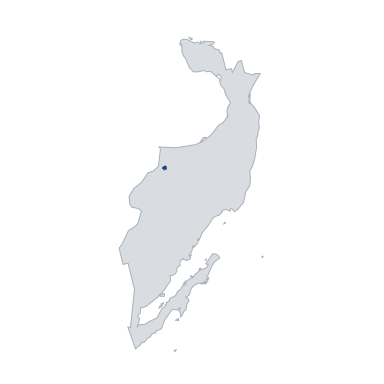 Los Herreras, Nuevo León, Mexico (highlighted), rotated 256°
{"feature_id": "50627088B26281620081416", "entity_name": "Los Herreras", "entity_type": "district", "adm_level": 2, "iso_a3": "MEX", "parent_name": "Mexico", "parent_adm1": "Nuevo León", "projection": "mercator", "projection_center": [-99.412, 25.939], "detail": "fine", "context": "in_parent", "style": "filled", "palette": "blue", "viewbox_px": 384, "rotation_deg": 256, "n_neighbors": 0, "source": "geoboundaries", "source_scale": "gbopen_adm2", "svg_char_len": 4377}
<svg xmlns="http://www.w3.org/2000/svg" viewBox="0 0 384 384"><g transform="rotate(256 192 192)"><path d="M53.6,99.2L76.5,97.1L75.4,99.5L111.5,112.7L138.4,112.7L138.4,107.6L155.2,107.7L158.1,111.3L169.8,120.9L172.6,129.0L174.7,132.0L185.6,138.3L189.0,135.9L191.7,130.1L195.0,128.8L202.9,129.8L209.4,136.3L213.7,145.6L221.3,154.0L221.7,159.2L225.0,165.7L241.5,171.8L243.7,170.9L238.7,187.4L237.1,206.9L237.8,211.1L242.1,216.6L241.2,219.6L241.4,216.6L237.9,211.9L239.0,216.2L243.3,225.2L250.3,233.8L251.9,239.2L256.7,244.6L255.4,244.4L258.2,245.7L257.3,244.9L262.4,245.6L266.0,247.5L269.3,251.0L277.9,248.3L284.2,248.0L288.5,245.9L292.9,245.5L293.8,246.3L293.5,247.3L297.1,248.1L299.6,246.4L298.9,243.6L297.7,244.3L298.0,243.7L304.7,239.1L305.1,235.3L307.0,233.1L307.1,226.9L308.3,222.3L313.4,219.6L322.4,218.1L326.3,216.6L330.6,216.2L337.8,217.8L338.4,216.8L336.5,216.7L339.0,216.0L341.9,218.1L342.4,220.8L340.9,224.5L336.2,230.2L336.0,233.9L333.7,236.2L334.1,237.0L336.2,236.7L334.0,239.1L334.0,240.0L335.5,239.7L332.6,249.1L331.8,249.9L330.3,247.8L330.0,244.3L327.9,247.9L325.7,248.2L323.0,253.0L319.9,252.9L319.7,254.5L302.3,254.5L302.2,260.1L298.3,260.1L307.7,268.7L307.4,271.8L295.2,271.8L290.7,279.7L291.9,281.7L290.4,286.9L281.6,278.0L274.4,272.0L270.1,269.7L269.6,270.3L273.6,272.4L267.3,270.5L267.8,269.1L266.1,269.7L265.1,268.4L263.9,269.8L266.0,270.5L262.8,270.8L259.7,272.8L249.7,276.0L243.3,273.4L237.9,272.9L234.3,270.5L230.6,269.5L228.3,267.2L219.5,265.4L208.5,260.6L201.3,256.1L198.3,253.0L190.9,252.0L183.8,249.4L179.3,244.3L169.6,239.5L164.4,232.8L162.6,228.6L166.5,226.6L165.9,224.9L164.1,224.3L166.7,221.2L167.0,217.4L164.9,216.1L162.8,212.3L162.9,208.8L161.5,205.7L155.7,199.8L150.6,192.7L142.7,186.5L145.0,187.7L145.1,186.4L140.9,185.1L137.8,180.2L140.0,180.3L133.8,177.0L133.0,175.4L130.7,176.0L130.3,175.2L132.0,173.3L129.1,174.8L127.3,173.4L126.9,170.1L129.0,167.2L129.8,167.8L128.3,164.8L126.4,162.9L123.8,163.0L122.0,159.0L118.8,158.1L116.9,156.4L115.6,152.8L116.4,150.6L110.8,149.5L100.9,138.1L100.3,135.4L98.8,134.5L92.3,120.2L91.8,115.8L92.4,114.3L87.0,112.5L85.7,110.1L83.9,109.3L82.0,110.7L74.5,106.3L75.9,109.1L75.0,114.6L76.7,118.9L78.1,127.1L85.7,134.3L88.1,139.1L89.3,138.9L89.8,140.3L90.9,140.5L92.0,143.6L94.1,144.5L95.4,151.0L99.3,154.2L100.6,157.9L102.4,159.0L103.7,163.3L105.3,164.3L104.4,161.1L106.5,163.0L109.1,172.7L111.6,175.5L114.9,182.4L114.4,185.3L115.2,187.9L117.9,190.4L118.9,187.9L126.9,196.9L126.2,200.2L123.1,202.6L121.4,202.9L118.0,195.6L105.4,185.7L104.3,185.8L101.7,182.7L101.2,180.6L101.9,175.9L100.8,171.4L98.8,168.2L92.7,164.3L91.4,160.4L90.3,162.1L87.2,162.8L84.9,160.2L79.1,157.5L78.2,155.2L73.9,152.0L73.5,150.8L78.0,151.4L80.5,150.5L80.5,151.5L82.7,152.6L81.9,150.0L80.9,149.8L82.9,144.5L74.5,134.5L67.5,130.0L66.2,127.8L66.1,124.0L64.4,122.8L63.8,118.5L61.5,116.7L61.2,114.1L58.1,110.0L57.5,108.1L58.5,106.8L56.3,105.2L53.6,99.2ZM100.5,138.2L99.8,140.8L97.5,140.0L98.4,136.1L99.7,135.7L100.5,138.2ZM91.4,137.7L88.2,134.9L87.3,132.0L88.9,133.0L89.3,134.6L91.0,135.0L91.4,137.7ZM340.8,229.4L340.0,228.6L340.4,227.6L342.5,226.6L340.8,229.4ZM101.9,185.8L99.6,183.2L100.9,178.0L100.6,182.7L101.9,185.8ZM72.2,148.4L70.5,148.0L71.6,145.1L72.5,147.3L72.2,148.4ZM43.0,138.9L41.5,137.1L41.8,136.3L42.4,136.3L43.0,138.9ZM103.8,185.9L105.1,187.9L102.3,185.9L103.8,185.9ZM154.7,216.1L154.4,217.0L153.7,216.6L153.4,215.2L154.7,216.1ZM115.8,180.6L116.3,182.2L114.8,180.2L115.8,180.6ZM110.2,170.0L111.0,170.8L109.8,172.2L110.2,170.0ZM112.7,245.2L112.2,245.4L111.3,244.8L112.0,244.0L112.7,245.2ZM295.9,245.5L294.4,245.9L297.1,245.0L295.9,245.5ZM123.4,189.6L122.6,189.4L122.5,187.9L123.4,189.6Z" fill="#d9dde1" stroke="#a8b0b8" stroke-width="1"/><path d="M222.3,169.5L222.3,169.8L222.3,170.1L222.2,170.3L222.1,170.5L221.9,170.5L221.5,170.5L221.4,170.5L221.2,170.5L221.0,170.4L220.9,170.4L220.9,170.5L220.9,170.4L220.9,170.5L220.7,170.5L220.9,170.9L221.1,171.3L220.9,171.4L220.9,171.5L220.9,171.9L220.9,172.0L220.7,172.2L220.7,172.3L221.2,172.1L221.3,172.1L221.4,172.4L221.5,172.4L221.7,172.2L221.8,172.1L222.0,172.2L221.9,172.2L222.0,172.2L222.3,172.3L222.5,172.5L222.6,172.8L222.8,172.7L223.4,172.2L223.4,171.9L223.4,171.6L223.2,171.5L223.2,171.4L222.9,171.4L222.9,171.2L222.9,170.9L222.9,170.5L222.8,170.3L222.8,170.2L222.7,170.2L222.6,169.9L222.5,169.6L222.3,169.5Z" fill="#3b82f6" stroke="#1e3a8a" stroke-width="1.5"/></g></svg>